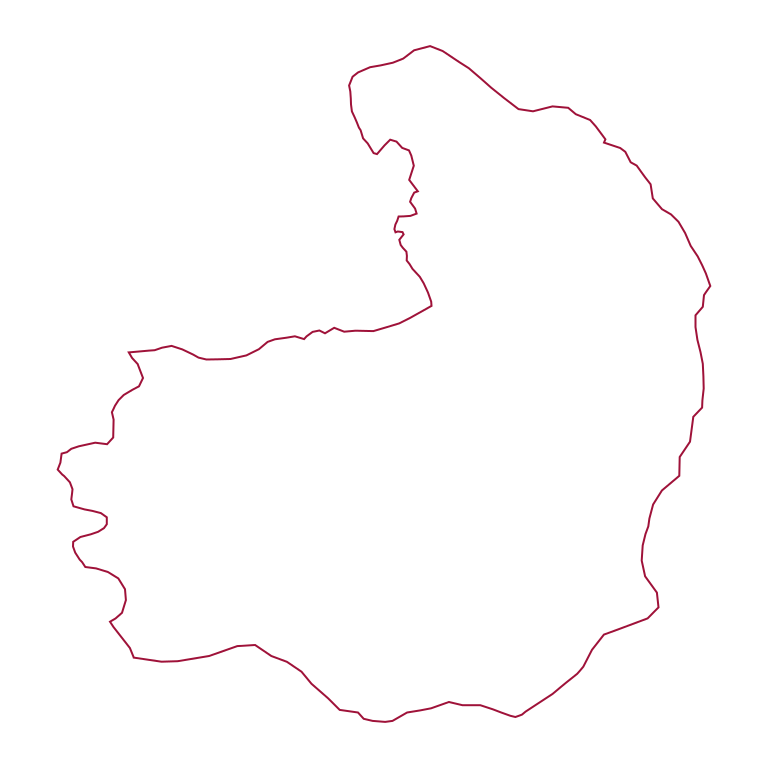 the district of Kerouane, Kérouané, Guinea
{"feature_id": "49546643B6018429350706", "entity_name": "Kerouane", "entity_type": "district", "adm_level": 2, "iso_a3": "GIN", "parent_name": "Guinea", "parent_adm1": "Kérouané", "projection": "orthographic", "projection_center": [-9.183, 9.346], "detail": "fine", "context": "isolated", "style": "outline", "palette": "rose", "viewbox_px": 768, "rotation_deg": 0, "n_neighbors": 0, "source": "geoboundaries", "source_scale": "gbopen_adm2", "svg_char_len": 3024}
<svg xmlns="http://www.w3.org/2000/svg" viewBox="0 0 768 768"><path d="M705.8,292.4L710.3,286.0L705.9,273.5L702.2,265.3L697.7,256.4L690.7,245.9L685.1,233.0L678.5,221.8L671.0,214.4L662.0,209.2L652.8,198.4L650.6,184.3L645.2,177.4L641.2,171.9L636.7,165.6L630.7,162.3L625.3,151.8L620.2,148.0L604.0,142.6L605.4,139.3L595.8,126.4L590.1,120.0L575.8,114.2L568.2,107.8L552.5,106.4L533.0,111.3L518.5,109.1L504.0,98.0L491.2,87.7L480.7,78.4L468.8,68.2L459.4,62.2L442.6,51.0L430.1,46.1L414.1,50.3L403.2,58.6L392.9,62.7L380.6,65.4L370.1,67.2L358.1,72.4L352.6,76.7L349.1,85.5L350.3,91.5L350.8,98.5L351.0,104.4L351.9,111.4L354.7,117.4L356.9,122.5L358.9,127.6L360.6,130.2L363.1,138.4L367.7,143.4L373.6,153.1L377.0,154.1L384.5,145.4L390.2,139.7L396.5,141.6L402.2,147.9L409.0,150.4L411.3,155.6L413.8,165.7L409.2,179.9L417.8,191.3L414.2,192.6L411.3,198.1L410.1,201.8L415.1,208.6L416.6,213.6L410.4,215.9L403.3,216.4L398.6,216.5L397.2,220.8L395.4,224.5L394.4,229.1L395.5,232.3L397.8,231.5L402.5,232.1L403.6,234.4L399.3,239.8L400.7,245.0L402.8,247.8L406.4,251.7L406.9,255.9L406.7,260.5L409.5,264.0L412.5,268.9L419.8,276.8L423.7,283.3L428.0,292.6L431.2,301.7L431.5,305.9L410.3,317.8L399.2,323.4L387.3,327.0L373.4,331.1L355.5,330.7L344.2,331.7L334.2,327.8L325.0,333.3L319.4,330.5L312.6,331.9L306.5,336.4L304.1,339.1L294.9,336.3L286.5,337.7L274.9,339.3L267.6,341.9L258.9,349.2L246.4,355.4L230.5,359.0L218.3,359.3L206.4,359.5L198.5,357.6L193.0,354.5L182.3,349.4L171.6,345.9L162.0,347.7L154.7,350.2L149.1,350.6L128.8,352.4L132.1,358.0L137.8,364.2L137.9,364.7L143.0,378.0L139.0,386.3L132.4,389.8L123.7,395.0L118.6,400.1L115.0,405.7L113.2,409.6L111.9,412.2L113.6,419.6L113.2,437.5L107.1,444.2L95.2,442.7L78.8,446.3L71.3,448.8L66.9,452.2L61.6,453.6L60.4,462.6L57.7,469.6L62.2,474.5L64.1,476.0L69.9,482.3L72.5,489.2L72.1,493.1L71.3,499.4L73.5,506.3L84.5,509.4L92.4,510.9L100.9,513.1L106.8,517.3L106.8,524.2L105.9,525.5L104.0,528.1L98.1,531.8L90.8,534.3L80.4,537.0L73.2,541.8L73.0,546.5L75.2,552.6L79.7,559.6L82.1,562.1L85.3,567.0L96.1,568.4L107.9,572.0L118.3,578.4L125.0,589.2L125.9,600.1L122.0,612.8L115.5,618.5L110.0,621.7L113.4,626.9L129.9,648.0L133.6,657.1L133.7,657.6L161.5,661.7L177.7,661.2L209.1,656.0L237.3,646.1L255.1,645.0L271.3,656.0L286.9,661.8L301.5,671.7L311.5,683.8L328.2,698.4L339.7,709.9L358.0,712.5L363.7,718.8L372.6,720.9L385.2,721.9L392.5,720.9L407.1,712.5L420.2,710.4L431.1,708.3L448.9,702.0L462.5,705.2L480.3,705.2L492.8,709.3L501.2,712.5L510.4,715.8L515.4,717.0L519.4,715.6L522.0,714.6L525.6,711.6L552.6,693.9L560.7,687.1L566.3,682.5L577.2,673.8L579.6,671.1L583.3,666.7L592.0,649.8L602.5,636.4L603.9,634.6L620.3,628.6L647.6,618.4L655.0,610.9L658.5,607.4L656.9,592.6L645.1,576.3L641.7,560.6L642.7,545.4L645.5,534.0L648.3,526.4L649.4,518.5L653.1,504.5L661.9,490.5L664.6,488.2L679.3,475.8L679.7,457.0L690.0,441.7L693.3,416.8L702.1,407.6L702.4,400.4L703.7,388.5L703.4,376.2L702.8,363.8L700.5,352.1L697.4,339.8L695.5,327.1L695.5,319.7L695.5,315.3L702.8,306.8L704.0,295.1L705.8,292.4Z" fill="none" stroke="#9f1239" stroke-width="2"/></svg>